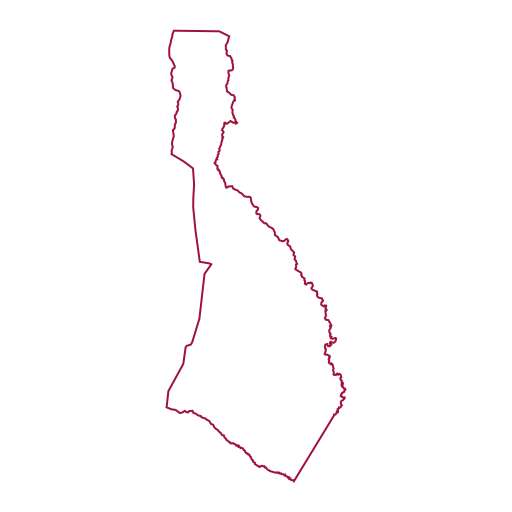 the district of Chigubo, Gaza, Mozambique
{"feature_id": "85939544B66615302004978", "entity_name": "Chigubo", "entity_type": "district", "adm_level": 2, "iso_a3": "MOZ", "parent_name": "Mozambique", "parent_adm1": "Gaza", "projection": "natural_earth1", "projection_center": [33.548, -22.965], "detail": "fine", "context": "isolated", "style": "outline", "palette": "rose", "viewbox_px": 512, "rotation_deg": 0, "n_neighbors": 0, "source": "geoboundaries", "source_scale": "gbopen_adm2", "svg_char_len": 6064}
<svg xmlns="http://www.w3.org/2000/svg" viewBox="0 0 512 512"><path d="M334.0,415.5L334.0,414.6L335.4,414.5L336.3,413.4L336.6,412.2L337.2,412.6L338.1,412.0L338.0,411.1L337.3,410.9L337.9,409.9L337.6,409.2L338.8,408.5L338.9,407.7L339.4,408.0L341.1,406.6L341.2,405.6L341.8,405.2L340.9,404.0L340.8,402.0L341.3,401.0L343.0,400.1L344.4,398.6L344.7,397.7L344.6,397.3L342.4,397.3L341.5,396.1L340.8,396.1L340.9,395.3L341.5,393.8L342.2,393.4L342.2,392.7L344.3,391.8L344.4,390.4L345.3,389.9L345.4,389.3L345.0,388.6L344.0,388.5L343.1,387.2L342.2,386.8L342.5,386.3L341.4,385.1L341.6,384.7L342.2,385.0L342.7,384.7L343.0,383.7L342.7,382.7L341.7,382.9L341.7,380.5L340.8,380.0L340.5,379.4L340.3,378.1L341.3,377.3L340.6,374.6L339.4,373.9L338.3,374.6L337.4,373.5L336.6,373.9L336.6,374.7L334.9,375.0L333.6,374.6L333.9,372.5L333.0,370.0L333.6,368.6L332.5,364.4L331.7,363.6L331.1,364.4L330.7,364.3L330.5,363.5L329.4,363.3L328.8,362.6L328.8,361.9L329.3,361.0L328.6,359.4L329.4,358.4L329.1,357.4L329.8,357.0L329.7,356.0L327.0,354.6L325.2,354.6L324.6,353.9L325.9,350.2L325.5,349.2L325.7,348.5L325.0,347.8L324.8,346.8L325.3,344.7L327.1,344.0L328.0,346.1L329.9,346.2L330.4,344.8L331.3,344.6L331.0,344.0L329.8,343.4L330.4,341.9L330.8,341.7L331.5,342.3L333.7,342.8L335.4,341.4L336.1,339.1L336.0,338.3L335.6,338.0L332.4,338.8L331.4,338.5L330.5,337.6L330.5,337.1L331.2,336.7L330.0,335.8L330.6,333.8L329.5,332.6L329.2,330.8L329.5,329.7L330.5,328.3L330.1,326.3L331.0,326.6L331.4,325.4L328.4,320.1L325.8,319.7L324.9,318.0L326.1,315.3L325.7,314.3L325.4,311.7L326.4,310.4L325.6,310.3L325.6,309.6L326.1,309.0L325.3,307.6L326.2,306.3L326.1,305.6L324.7,305.4L323.4,306.3L321.2,304.6L321.3,302.8L323.0,300.9L323.0,300.3L322.3,299.7L321.9,298.4L318.5,297.6L317.2,296.1L316.9,295.1L317.4,294.0L316.9,293.0L317.1,291.7L312.3,289.6L311.7,289.0L311.4,288.1L312.6,286.5L312.9,285.3L311.7,282.8L310.9,282.5L309.7,283.2L308.8,282.8L307.2,283.4L306.0,284.6L305.4,284.3L304.8,283.3L305.1,281.3L304.3,280.1L304.6,278.5L302.0,276.8L301.9,275.8L301.2,275.2L301.5,273.7L300.9,272.5L295.6,269.5L295.3,268.5L296.1,267.5L296.0,264.8L297.1,263.9L296.4,262.9L296.1,260.9L294.7,259.6L294.6,258.8L295.2,256.9L295.1,256.3L293.6,255.3L293.5,253.9L294.0,253.1L294.1,252.4L291.0,249.3L290.1,246.4L287.6,244.7L287.3,243.0L288.3,241.1L287.3,239.2L286.4,239.0L284.3,240.7L283.0,241.3L279.4,240.3L277.8,237.0L274.9,235.0L274.8,232.3L273.0,228.7L268.5,226.3L266.2,223.3L264.4,223.3L260.5,219.7L259.6,218.0L260.4,215.8L259.8,214.5L259.1,214.1L257.2,214.1L256.3,213.3L256.5,211.1L257.9,209.5L258.2,208.2L257.2,207.2L254.3,206.6L253.5,205.7L251.6,202.9L250.6,197.4L249.4,196.8L246.5,196.8L244.1,196.2L242.7,194.4L241.0,193.0L239.5,192.5L237.8,190.6L233.3,188.7L232.2,186.2L228.4,186.5L226.8,187.7L226.2,187.6L225.6,186.3L225.2,182.9L224.1,181.0L223.8,179.1L223.1,178.8L222.6,177.6L222.3,177.5L222.2,178.0L221.7,177.6L221.5,175.7L220.0,173.3L219.9,171.6L219.4,171.3L219.2,170.3L218.3,170.1L218.3,169.4L217.6,169.3L217.3,168.0L217.7,166.1L216.2,165.1L214.6,163.1L215.6,162.3L215.4,161.4L216.1,159.7L217.2,159.4L216.7,157.9L217.8,156.7L217.7,155.1L218.6,154.0L218.4,151.9L219.4,151.1L219.7,150.1L219.2,148.7L221.2,144.4L221.5,141.8L222.2,140.6L222.1,139.5L222.6,138.7L222.3,138.0L223.2,137.2L222.2,136.0L222.1,134.5L223.6,132.4L223.3,131.5L221.9,130.0L224.3,125.7L224.1,125.0L224.6,124.2L224.3,123.0L225.1,122.6L226.3,123.6L227.1,123.7L230.6,121.0L233.1,122.7L234.8,122.7L235.8,123.7L237.1,122.8L235.6,121.1L235.1,118.9L233.7,117.3L233.9,116.2L233.0,114.8L232.4,112.5L232.6,109.7L231.5,108.0L231.5,106.7L233.4,101.3L235.0,100.4L234.9,99.7L234.3,99.0L234.8,98.2L234.8,97.2L233.7,95.3L231.4,94.9L228.9,92.5L227.0,91.4L226.6,87.5L226.1,86.7L226.2,85.2L227.4,83.5L227.8,81.0L228.5,80.0L228.3,78.7L228.6,77.1L229.3,75.6L228.4,73.0L228.5,70.7L231.7,70.3L232.7,69.6L233.2,67.2L232.8,66.3L232.9,64.1L232.1,62.3L232.5,60.7L231.7,60.0L231.8,59.2L230.1,56.1L227.8,55.6L226.7,54.4L226.5,53.2L227.0,50.9L225.9,49.6L225.8,45.3L227.6,42.1L229.2,36.3L219.2,31.3L173.9,30.7L172.3,34.8L172.4,36.0L171.1,40.2L170.4,44.3L169.7,45.8L169.2,49.4L169.3,55.5L169.9,58.0L172.1,60.5L174.8,66.2L174.6,67.6L172.5,68.8L171.2,73.2L171.2,74.1L172.5,77.6L171.5,80.4L172.4,82.3L173.0,85.5L172.9,87.8L175.2,89.9L178.4,90.9L179.5,91.7L180.6,95.7L179.4,99.6L177.7,101.9L178.3,103.8L178.1,105.3L177.2,106.5L178.0,108.4L177.8,110.7L176.8,111.6L176.4,113.7L174.8,115.6L174.9,117.8L175.9,119.7L175.9,122.8L174.8,124.5L174.8,127.4L174.2,129.0L172.9,130.1L173.8,136.1L172.1,142.1L172.0,144.2L172.8,147.1L171.6,150.6L171.9,152.7L171.5,154.1L183.8,161.5L193.0,168.4L194.1,184.7L193.3,198.2L193.2,207.3L195.4,229.8L199.8,261.8L209.3,263.4L211.3,264.3L204.5,273.9L199.4,318.7L192.2,342.2L190.8,344.6L186.8,345.8L185.6,347.4L183.3,363.9L168.4,391.1L166.6,407.3L171.3,409.3L175.6,409.9L179.9,413.1L182.9,412.2L184.8,410.8L186.0,411.9L187.8,412.5L188.3,412.2L188.5,411.5L189.3,411.1L192.5,410.8L193.4,412.9L195.7,413.6L198.1,415.4L200.9,416.1L201.5,417.3L205.6,418.6L206.6,419.6L209.4,421.1L210.9,423.8L213.3,424.9L214.1,427.0L216.1,429.0L217.9,430.0L218.5,431.1L221.0,433.3L222.0,435.1L223.9,435.4L224.4,437.4L225.9,438.7L226.4,439.9L227.7,440.6L229.0,442.0L229.7,442.0L230.4,442.6L230.5,443.4L233.4,443.2L234.0,443.9L235.3,444.3L235.9,445.1L236.4,445.1L236.4,445.7L237.8,445.7L238.0,446.1L238.4,445.5L238.9,445.8L239.2,447.0L240.2,447.2L240.3,447.9L240.9,448.2L241.8,448.0L243.1,448.5L243.7,450.1L244.4,450.3L245.1,451.1L245.2,452.0L245.9,452.9L247.5,453.5L247.6,454.2L248.6,454.2L248.8,454.8L249.7,455.2L250.1,456.6L250.7,456.8L251.7,459.5L253.1,460.5L253.0,461.3L253.4,462.0L254.9,462.7L254.7,463.8L255.9,464.7L259.2,466.8L259.4,466.3L260.4,466.6L262.2,465.7L263.5,466.5L264.2,466.2L265.1,467.6L265.7,467.3L267.2,469.3L270.1,471.1L275.5,472.7L276.8,472.3L277.3,472.8L278.2,472.5L278.7,473.1L279.2,472.7L280.2,473.7L281.2,473.4L281.8,474.2L283.4,474.3L284.5,475.3L285.1,474.7L285.7,476.0L287.6,476.7L287.7,477.3L288.7,477.2L288.5,478.0L288.9,478.7L290.4,478.4L290.5,479.2L290.2,479.4L291.8,480.2L293.0,480.1L293.9,481.3L334.0,415.5Z" fill="none" stroke="#9f1239" stroke-width="2"/></svg>